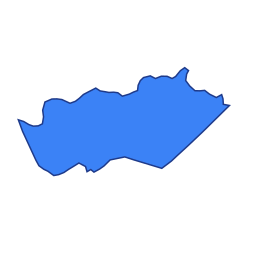 the district of Salgadinho, Pernambuco, Brazil, rotated 165°
{"feature_id": "56859067B89944489210843", "entity_name": "Salgadinho", "entity_type": "district", "adm_level": 2, "iso_a3": "BRA", "parent_name": "Brazil", "parent_adm1": "Pernambuco", "projection": "robinson", "projection_center": [-35.592, -7.913], "detail": "fine", "context": "isolated", "style": "filled", "palette": "blue", "viewbox_px": 256, "rotation_deg": 165, "n_neighbors": 0, "source": "geoboundaries", "source_scale": "gbopen_adm2", "svg_char_len": 1082}
<svg xmlns="http://www.w3.org/2000/svg" viewBox="0 0 256 256"><g transform="rotate(165 128 128)"><path d="M24.2,123.5L29.8,126.2L28.7,131.6L28.9,136.0L34.8,134.6L40.5,139.6L44.2,144.5L49.0,145.3L53.7,146.7L57.5,152.6L60.0,158.9L57.4,164.9L54.7,167.8L57.6,171.6L62.6,169.8L68.7,165.4L72.6,164.4L76.8,167.8L82.4,169.4L88.7,168.7L93.0,172.6L100.0,172.7L103.8,170.6L107.1,166.7L109.1,161.7L113.4,161.3L117.9,160.4L125.2,160.2L128.7,164.7L132.6,166.3L137.3,167.3L140.8,169.0L145.3,171.0L148.8,174.9L158.0,172.9L162.4,171.9L167.3,169.3L171.9,167.4L177.6,166.9L184.5,172.6L189.1,174.5L194.0,175.7L201.5,174.6L205.8,167.3L206.7,160.6L209.6,154.2L214.1,153.3L219.0,154.3L222.8,156.9L227.1,161.3L231.8,164.3L230.7,152.0L228.2,137.6L225.3,120.8L223.8,114.6L220.0,109.9L216.6,107.0L212.0,101.3L207.0,100.9L201.4,101.6L196.2,103.4L190.7,105.0L184.5,106.9L179.0,101.8L178.9,96.4L174.7,97.5L172.3,94.2L166.0,95.7L160.9,97.6L153.5,101.8L138.6,100.9L130.6,95.7L109.8,82.8L105.8,80.3L94.7,84.8L88.0,88.4L74.0,95.7L57.0,104.9L24.2,123.5Z" fill="#3b82f6" stroke="#1e3a8a" stroke-width="1.5"/></g></svg>